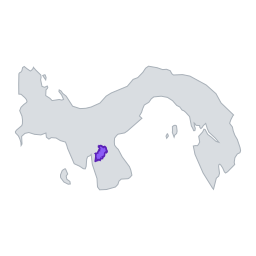 location of Ocú, Herrera, Panama
{"feature_id": "35544464B32201522330751", "entity_name": "Ocú", "entity_type": "district", "adm_level": 2, "iso_a3": "PAN", "parent_name": "Panama", "parent_adm1": "Herrera", "projection": "equal_earth", "projection_center": [-80.813, 7.919], "detail": "fine", "context": "in_parent", "style": "filled", "palette": "violet", "viewbox_px": 256, "rotation_deg": 0, "n_neighbors": 0, "source": "geoboundaries", "source_scale": "gbopen_adm2", "svg_char_len": 5750}
<svg xmlns="http://www.w3.org/2000/svg" viewBox="0 0 256 256"><path d="M233.6,115.0L232.9,115.7L230.8,119.8L229.6,123.3L232.4,127.0L233.2,130.9L234.8,135.2L237.3,139.5L240.0,147.5L240.6,150.7L239.9,152.7L237.3,154.0L234.9,157.7L234.2,162.3L234.7,164.5L227.5,171.8L225.6,173.0L224.4,171.9L222.8,168.2L221.0,165.3L220.0,164.3L219.4,164.2L218.8,164.9L218.6,166.5L219.5,173.3L218.7,176.1L216.3,178.2L213.5,189.3L212.4,187.9L203.1,173.0L195.0,154.4L193.3,146.0L195.4,145.6L197.4,145.7L198.5,144.4L199.7,142.0L198.7,136.3L202.6,132.0L204.0,129.1L205.1,129.5L207.7,134.4L211.4,137.2L216.0,141.4L218.8,142.3L215.2,138.0L209.0,132.3L207.3,128.6L205.7,123.4L203.3,125.6L202.1,127.5L200.9,128.6L199.8,127.3L199.6,125.6L196.0,125.3L195.1,123.8L194.1,122.9L194.5,126.2L195.3,128.2L194.9,130.6L193.7,130.7L192.7,128.2L191.4,126.0L189.6,116.6L185.5,112.1L183.6,110.6L182.1,110.1L179.8,107.0L176.7,105.4L172.6,100.7L167.5,97.4L161.3,96.2L153.8,96.9L151.3,98.8L149.6,101.2L148.8,102.3L144.3,105.0L142.6,108.9L141.6,112.2L139.4,116.0L141.9,118.3L127.4,131.0L124.6,132.9L118.0,134.2L116.5,135.6L114.6,138.1L114.3,141.9L114.6,145.2L116.5,147.7L118.2,149.3L122.2,156.9L129.4,166.6L130.8,170.1L131.9,175.2L129.7,177.7L128.0,178.7L121.2,179.1L118.9,181.2L117.9,184.4L115.4,187.0L106.5,189.5L99.6,189.8L97.5,186.9L97.0,178.5L92.3,164.3L91.2,154.4L90.0,155.7L87.6,156.8L86.7,159.2L86.1,166.5L85.2,168.9L83.3,168.7L79.4,166.1L74.2,163.7L67.6,148.4L66.8,145.5L65.5,142.1L60.4,140.6L56.1,138.0L51.3,137.6L48.9,139.1L46.4,137.2L45.9,133.0L40.9,134.9L34.5,134.3L28.8,132.5L24.9,133.4L21.6,136.4L22.0,144.0L21.1,145.5L20.9,142.4L19.8,138.8L18.4,135.9L15.5,132.8L15.4,131.7L16.5,130.1L21.8,125.6L22.4,123.8L22.5,119.9L22.0,116.2L19.7,110.7L21.0,107.3L23.7,104.6L26.5,102.5L27.0,101.6L26.5,99.7L24.9,97.7L21.1,94.3L18.8,94.1L18.7,84.3L18.9,73.9L19.4,72.9L20.8,72.2L21.9,70.7L22.6,67.6L24.2,66.5L27.2,68.9L30.3,71.0L31.5,70.3L32.5,69.2L33.2,68.2L33.4,67.3L35.8,70.1L40.8,75.0L41.1,77.4L40.6,79.7L42.0,86.4L44.6,87.3L47.2,86.0L47.8,87.3L47.3,88.5L46.0,89.9L45.7,95.6L49.9,98.3L52.1,100.6L59.2,99.5L61.8,100.1L63.6,99.4L61.6,94.9L58.9,91.5L59.2,89.9L61.2,91.1L62.7,93.4L66.2,96.2L72.6,106.2L80.0,108.6L85.8,108.3L91.2,107.0L99.9,103.1L106.2,96.1L111.2,93.0L127.3,86.3L133.1,79.4L135.5,78.5L137.8,77.6L142.9,72.3L145.6,68.2L148.5,66.2L157.1,67.7L162.6,69.6L166.5,69.3L170.2,70.7L171.8,73.7L173.4,75.0L182.5,74.6L189.9,76.1L206.2,85.0L216.0,93.7L221.1,103.0L233.6,115.0ZM70.3,184.0L68.2,184.2L63.9,182.0L60.7,177.7L60.5,176.3L60.5,174.8L62.3,170.4L64.6,168.9L65.5,168.9L67.7,174.0L66.2,176.0L66.8,179.2L69.9,181.5L70.3,184.0ZM174.8,135.0L174.1,137.2L172.3,132.3L172.5,131.0L172.4,126.6L174.1,125.4L175.4,125.3L176.5,125.9L177.1,131.1L176.6,133.5L174.8,135.0ZM46.1,77.5L45.7,79.9L42.7,75.5L44.5,74.8L45.1,74.9L46.1,77.5ZM168.4,136.0L166.7,138.3L166.0,136.1L167.2,133.9L167.6,133.8L168.4,136.0Z" fill="#d9dde1" stroke="#a8b0b8" stroke-width="1"/><path d="M99.4,145.8L99.3,146.0L99.2,146.0L99.0,145.9L99.0,146.0L98.8,146.3L98.7,146.5L98.8,146.5L98.7,146.5L98.8,146.7L98.8,146.8L99.0,146.9L98.9,147.0L99.0,147.2L99.1,147.3L99.0,147.5L99.3,147.7L99.4,148.0L99.5,148.1L99.7,148.3L99.7,148.6L99.8,148.7L99.8,149.0L99.7,149.0L99.4,149.1L99.3,149.3L99.2,149.4L99.2,149.7L99.1,149.9L99.2,150.1L98.9,150.0L98.8,150.8L98.7,150.9L98.7,151.0L98.4,151.0L98.2,151.2L98.2,151.4L97.8,152.1L97.8,152.3L97.7,152.4L97.7,152.5L97.6,152.8L97.7,153.0L97.4,153.1L97.1,153.2L96.9,153.3L96.7,153.2L96.4,153.3L96.1,153.5L95.9,153.5L95.6,153.6L95.3,153.7L95.5,153.9L95.7,154.0L95.7,153.9L95.8,154.0L96.0,154.0L96.0,153.9L96.1,154.1L95.9,154.5L95.8,154.8L95.9,155.1L95.8,155.3L95.7,155.5L95.8,156.5L95.6,158.1L95.9,158.1L95.8,158.4L95.7,158.6L95.7,158.8L95.6,159.0L95.4,159.4L95.4,159.6L95.5,159.7L95.5,159.9L95.6,160.0L95.6,160.3L95.6,160.5L95.4,160.7L95.2,160.7L95.1,160.9L95.1,161.0L95.2,161.3L95.3,161.4L95.5,161.3L95.7,161.2L95.8,161.0L96.0,161.0L96.3,161.0L96.5,160.9L96.7,160.7L96.8,160.5L96.8,160.3L97.1,160.1L97.2,159.8L97.3,159.9L97.4,160.0L97.4,159.8L97.5,159.9L97.8,159.9L98.0,159.9L98.2,160.1L98.4,160.1L98.5,160.0L98.8,160.0L98.8,159.9L99.0,160.0L99.0,159.9L99.2,160.0L99.3,159.9L99.4,160.0L99.5,160.0L99.6,159.9L99.8,159.9L100.0,159.8L100.2,159.7L100.3,159.8L100.3,159.7L100.4,159.4L100.3,159.2L100.5,158.9L100.7,158.7L100.8,158.5L100.8,158.4L101.1,158.5L101.3,158.7L101.5,158.8L101.7,158.7L102.0,158.7L102.3,158.5L102.5,158.5L102.5,158.4L102.6,158.2L102.7,157.9L102.7,157.7L102.8,157.6L102.8,157.4L102.7,157.3L102.8,157.3L102.9,157.2L102.9,156.8L102.9,156.6L103.1,156.6L103.3,156.6L103.6,156.7L103.7,156.4L103.8,156.3L104.0,156.3L104.2,156.2L104.1,155.9L104.2,155.6L104.3,155.5L104.4,155.3L104.5,155.3L104.5,155.2L104.6,154.9L104.6,154.7L104.6,154.3L104.6,153.9L104.6,153.7L104.7,153.4L104.8,153.4L104.9,153.2L104.9,152.8L105.1,152.7L105.3,152.5L105.4,152.4L105.5,152.2L105.6,152.3L105.8,152.2L105.8,152.3L106.3,152.7L106.5,152.3L106.4,152.1L106.6,152.1L106.8,152.0L107.1,152.0L107.2,151.9L107.0,150.7L106.9,150.5L106.9,150.4L106.7,150.2L106.5,149.9L106.4,149.9L106.4,149.7L106.2,149.7L106.2,149.3L106.2,149.2L106.2,148.9L106.1,148.6L106.1,148.4L106.2,148.2L106.0,147.9L105.9,147.8L105.8,147.7L105.7,147.6L105.7,147.4L105.5,147.2L105.4,147.3L105.3,147.1L105.1,147.1L104.9,146.9L104.9,146.6L105.0,146.6L104.9,146.5L104.7,146.4L104.5,146.5L104.4,146.6L104.2,146.7L104.2,146.8L104.0,147.0L103.9,147.0L103.8,146.9L103.7,146.9L103.4,146.8L103.4,146.7L103.4,146.8L103.3,146.7L103.2,146.7L102.9,146.8L102.7,146.8L102.6,146.7L102.6,146.8L102.5,146.7L102.4,146.7L102.2,146.6L102.1,146.4L101.9,146.3L101.6,146.4L101.4,146.3L101.3,146.2L101.2,145.8L100.9,145.8L100.8,145.7L100.7,145.5L100.4,145.6L100.2,145.6L99.9,145.6L99.7,145.7L99.7,145.8L99.4,145.8Z" fill="#8b5cf6" stroke="#5b21b6" stroke-width="1.5"/></svg>